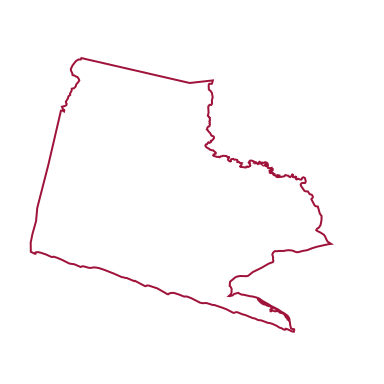 Matutuine, Maputo, Mozambique, rotated 103°
{"feature_id": "85939544B97303459234614", "entity_name": "Matutuine", "entity_type": "district", "adm_level": 2, "iso_a3": "MOZ", "parent_name": "Mozambique", "parent_adm1": "Maputo", "projection": "equal_earth", "projection_center": [32.584, -26.451], "detail": "fine", "context": "isolated", "style": "outline", "palette": "rose", "viewbox_px": 384, "rotation_deg": 103, "n_neighbors": 0, "source": "geoboundaries", "source_scale": "gbopen_adm2", "svg_char_len": 5982}
<svg xmlns="http://www.w3.org/2000/svg" viewBox="0 0 384 384"><g transform="rotate(103 192 192)"><path d="M147.7,130.6L148.3,131.3L149.0,130.8L148.4,132.1L148.8,132.2L148.8,133.0L148.2,132.3L147.6,132.3L147.4,132.7L147.7,132.8L148.1,133.7L149.1,134.2L149.0,133.2L149.4,133.2L149.6,133.9L150.0,134.1L149.2,135.8L149.6,136.7L148.7,136.8L148.8,137.1L149.3,137.2L148.7,137.8L149.1,138.3L148.5,138.3L148.1,139.7L148.0,141.4L148.3,142.3L149.1,142.9L150.1,142.4L150.1,143.2L150.6,143.4L151.7,142.1L153.1,141.1L153.6,141.2L155.1,143.0L154.7,143.7L155.1,144.7L155.8,144.8L156.2,145.6L156.2,147.3L156.7,150.4L156.2,150.9L154.2,149.8L153.4,150.3L152.7,150.0L152.9,151.8L152.2,153.0L152.6,153.8L152.5,154.7L151.1,154.7L150.6,155.2L150.6,157.2L151.0,158.0L150.5,159.4L150.8,160.4L151.6,161.3L152.1,161.4L153.2,161.0L153.7,161.7L153.0,163.7L152.2,164.3L151.2,164.2L150.3,163.5L149.7,163.7L149.9,165.6L149.2,166.4L149.7,169.9L150.3,170.6L150.8,172.0L152.0,173.0L151.7,174.0L152.2,175.4L151.9,179.2L151.6,179.6L150.6,179.4L149.3,177.5L148.3,177.7L146.6,181.0L146.9,182.1L146.6,183.3L146.8,183.9L145.9,185.5L145.5,187.3L144.4,189.1L143.6,189.4L142.6,189.2L142.2,188.2L140.0,187.3L140.3,186.8L140.1,185.9L139.3,185.0L138.8,184.8L138.5,185.2L137.9,185.2L137.1,183.9L134.7,182.7L133.2,183.2L132.9,183.9L132.7,185.7L130.6,187.5L129.1,189.8L128.2,190.5L127.8,191.6L127.2,191.4L126.0,191.5L124.6,190.9L124.1,189.9L122.0,189.7L121.6,189.9L121.3,190.4L119.9,190.3L119.3,191.0L117.8,190.6L116.8,191.2L115.7,191.2L115.3,192.3L114.8,192.5L114.2,193.7L111.0,193.7L105.1,195.4L103.1,194.5L102.8,192.8L102.2,192.5L101.3,192.4L97.9,193.3L95.3,193.1L91.1,194.8L89.2,196.8L88.7,198.2L88.2,198.7L84.1,199.8L83.3,199.8L82.6,199.4L82.3,197.5L81.9,196.9L78.6,196.8L86.3,218.8L86.4,329.9L87.9,330.2L88.5,332.5L90.6,334.6L95.6,336.9L99.3,337.7L100.9,337.3L103.4,335.2L104.5,335.0L105.0,334.6L104.9,332.7L105.6,331.1L105.7,329.5L107.5,327.6L108.7,326.9L111.0,327.8L113.2,329.0L114.9,329.0L115.8,329.3L117.5,330.4L118.4,332.4L120.5,332.1L123.6,333.0L124.8,332.5L126.7,334.0L128.6,333.9L132.3,335.2L133.2,335.0L134.4,333.9L135.6,334.0L136.5,334.8L138.2,337.9L140.2,336.5L140.8,335.0L141.2,334.8L142.3,334.8L141.7,336.2L142.3,338.0L198.2,338.1L242.3,339.2L255.3,337.4L268.8,338.0L277.6,337.8L286.5,335.6L287.6,331.1L287.3,330.6L286.5,331.1L285.9,330.6L285.2,328.5L285.2,325.6L285.7,320.3L286.9,314.3L286.7,313.4L286.2,312.6L286.4,308.8L287.3,303.6L289.3,295.4L288.9,290.4L290.1,283.6L289.0,282.1L288.8,279.9L289.1,275.6L288.6,273.1L287.5,270.7L287.1,267.4L287.1,265.0L287.6,259.9L289.1,249.7L290.7,241.5L290.6,238.8L290.7,237.5L290.5,236.2L291.8,228.5L291.8,228.1L291.5,228.0L291.4,227.6L294.3,216.6L294.1,215.8L293.2,214.9L292.9,213.1L293.7,204.2L297.1,192.8L296.9,191.9L296.0,191.4L295.2,189.9L294.4,187.3L294.8,181.8L295.7,176.0L295.4,175.5L295.0,173.4L295.6,168.9L298.0,159.3L298.0,157.0L296.9,152.8L297.4,146.7L297.1,144.8L297.9,136.4L298.6,131.6L300.5,124.4L299.1,121.8L299.0,120.3L299.8,115.6L299.9,112.2L301.2,104.6L301.1,102.2L301.9,98.7L301.5,95.7L302.4,88.9L302.2,86.6L302.4,84.1L303.3,79.5L304.4,76.5L304.6,74.0L305.4,71.6L305.4,70.9L304.9,69.9L304.2,70.0L304.1,69.6L304.3,67.7L305.4,62.9L305.3,61.5L305.1,61.2L302.9,61.5L302.7,61.8L303.0,63.2L302.5,64.9L299.3,66.5L296.6,67.4L295.3,69.0L295.0,68.9L294.8,68.2L294.1,68.4L292.8,69.2L291.0,71.2L289.1,75.8L289.0,76.8L287.0,82.0L285.5,88.2L285.8,88.1L286.8,85.6L287.2,83.1L287.9,83.1L287.5,82.8L287.6,82.0L289.0,78.2L289.6,75.4L290.4,73.6L292.2,70.8L293.8,69.2L294.3,69.1L294.6,69.3L294.4,69.8L294.6,70.3L293.4,70.8L293.1,72.2L291.8,73.2L290.4,74.8L289.7,76.6L289.9,79.0L288.9,80.7L288.9,81.5L288.4,81.5L288.1,82.1L288.2,82.6L288.8,82.7L289.4,83.5L289.6,84.1L289.5,85.9L288.9,87.7L290.0,87.6L290.6,88.3L290.5,88.6L289.8,88.5L289.5,89.0L289.0,89.2L287.9,88.2L287.2,88.5L287.0,88.0L286.1,88.7L285.9,89.5L285.8,93.4L285.2,95.0L285.4,96.4L285.1,98.0L284.3,100.0L282.3,103.1L280.9,104.2L281.0,102.5L282.9,98.4L285.3,90.7L285.6,89.0L285.4,88.8L284.1,92.4L282.3,98.7L280.7,102.6L280.3,105.2L280.2,109.5L280.5,111.9L280.5,118.4L280.8,120.7L280.3,123.0L279.8,124.1L281.8,128.0L283.6,129.2L285.0,131.8L285.1,132.7L282.9,131.1L280.9,130.9L277.5,131.6L276.3,132.5L275.1,133.7L275.0,134.2L270.8,134.7L265.4,130.6L264.1,128.8L263.0,126.1L261.8,120.1L261.1,118.5L256.3,114.7L250.3,107.3L244.5,101.1L242.1,97.4L240.8,97.2L239.7,97.8L237.4,98.3L234.8,99.7L232.8,99.3L231.4,98.4L230.9,97.8L230.8,96.6L229.7,93.4L228.7,89.0L227.8,87.3L226.9,84.6L226.5,80.9L226.7,79.3L227.0,78.3L227.1,76.3L226.7,75.0L224.2,70.2L222.8,66.7L219.8,62.4L217.1,57.7L212.2,47.4L211.3,44.8L209.9,48.6L208.1,50.3L205.3,52.4L204.0,53.9L202.6,57.7L201.8,61.2L201.2,62.4L199.6,61.8L198.1,60.3L195.2,59.3L190.3,59.5L186.3,60.3L184.3,62.6L177.9,66.1L178.0,68.3L177.4,69.6L172.5,73.8L172.1,74.1L170.2,73.1L169.3,73.2L168.3,74.0L167.7,74.8L167.7,76.3L167.5,77.0L165.4,79.2L165.8,81.6L165.6,82.7L161.5,87.2L160.2,87.8L158.8,87.2L158.3,86.6L157.9,84.0L157.3,83.6L155.9,83.6L153.0,85.1L152.6,86.5L152.7,87.0L153.6,87.8L154.8,88.0L155.4,88.5L155.5,89.7L155.2,91.6L156.2,92.7L156.2,93.1L155.7,93.8L153.9,93.9L153.7,94.5L154.7,95.7L154.7,97.1L154.2,97.5L152.7,97.3L152.3,98.1L152.6,98.4L153.8,98.3L154.2,98.9L155.4,99.7L155.2,100.8L154.4,102.0L154.6,102.9L154.5,104.9L155.8,105.5L156.9,107.7L158.2,111.7L158.3,112.9L158.1,113.2L157.4,112.9L157.0,112.0L156.9,110.6L156.3,110.5L156.2,112.2L157.0,113.6L157.2,115.8L156.9,116.3L156.3,115.6L155.9,115.7L155.9,117.2L155.2,117.5L155.1,118.3L155.6,118.7L155.9,119.5L155.7,120.6L153.8,121.2L153.6,120.8L153.8,120.4L155.1,120.4L155.4,119.9L155.2,119.5L154.1,119.5L152.8,118.3L151.5,118.4L151.2,119.0L151.4,119.3L152.4,118.8L152.6,119.1L151.9,120.4L150.7,120.2L151.5,122.3L151.5,123.2L150.8,123.4L149.9,124.2L150.3,125.1L150.2,125.6L149.2,125.4L149.0,124.0L148.6,124.0L148.2,124.7L149.7,126.7L149.8,127.4L147.9,126.2L147.5,125.6L147.5,124.7L147.2,124.8L146.6,125.7L146.5,127.5L147.1,127.8L147.3,128.8L148.5,130.0L147.7,130.6Z" fill="none" stroke="#9f1239" stroke-width="2"/></g></svg>